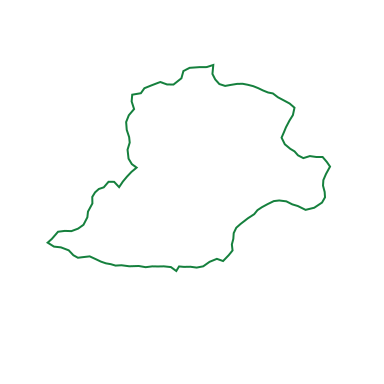 the district of Córrego do Bom Jesus, Minas Gerais, Brazil, rotated 219°
{"feature_id": "56859067B97735160434443", "entity_name": "Córrego do Bom Jesus", "entity_type": "district", "adm_level": 2, "iso_a3": "BRA", "parent_name": "Brazil", "parent_adm1": "Minas Gerais", "projection": "albers", "projection_center": [-45.994, -22.626], "detail": "fine", "context": "isolated", "style": "outline", "palette": "green", "viewbox_px": 384, "rotation_deg": 219, "n_neighbors": 0, "source": "geoboundaries", "source_scale": "gbopen_adm2", "svg_char_len": 1709}
<svg xmlns="http://www.w3.org/2000/svg" viewBox="0 0 384 384"><g transform="rotate(219 192 192)"><path d="M255.4,304.1L259.2,298.3L264.6,293.9L272.0,287.0L274.8,280.6L271.8,273.7L274.0,263.9L279.0,259.9L285.9,257.5L290.7,249.2L294.3,242.7L293.9,236.6L299.7,230.0L295.9,224.4L289.2,220.0L289.4,211.9L287.2,204.9L281.8,199.2L275.4,195.1L271.5,191.2L268.7,184.3L262.3,178.0L256.3,175.8L250.4,176.1L251.7,169.6L252.2,163.0L252.3,156.6L251.7,149.9L258.9,150.9L263.3,147.4L263.5,140.1L266.3,135.7L267.1,130.7L266.4,125.4L262.2,120.4L260.5,111.3L257.4,106.5L255.7,98.2L257.5,91.8L261.1,85.7L266.4,81.7L271.1,76.8L271.4,67.3L272.3,61.8L264.9,62.7L259.0,66.5L251.1,69.1L244.4,68.2L239.3,69.1L235.9,72.6L231.0,77.6L224.3,79.3L218.9,80.6L214.0,82.4L209.7,84.8L205.1,86.7L200.7,90.7L194.0,94.8L186.8,101.0L180.7,104.4L176.1,109.2L171.6,112.7L167.1,116.5L161.1,120.4L154.5,120.7L155.2,126.0L151.2,128.7L146.2,132.9L140.8,136.2L136.5,141.3L134.4,148.8L130.6,155.7L124.4,157.9L123.7,166.0L123.7,172.1L128.0,176.3L130.4,181.6L133.7,186.3L135.1,192.1L134.1,198.0L132.0,206.8L129.7,213.9L129.7,219.1L128.1,224.2L125.6,230.2L122.7,236.4L118.9,240.3L112.8,244.1L106.3,245.5L100.9,247.7L92.5,249.6L87.1,256.7L84.3,265.6L85.3,271.6L88.9,275.5L94.2,279.4L97.4,283.9L99.2,290.3L100.7,298.6L106.1,300.2L112.5,301.4L117.3,297.5L123.0,294.1L126.8,288.4L132.7,287.2L137.9,288.1L142.8,287.4L149.9,287.5L156.6,290.6L158.2,296.4L159.7,301.4L161.2,308.9L162.0,315.3L165.4,322.0L171.8,322.2L178.7,320.9L184.8,319.7L191.2,319.5L195.5,317.2L200.7,315.6L205.8,314.4L211.0,312.8L216.0,310.5L220.7,308.0L225.0,304.4L229.2,299.7L233.0,295.3L238.7,293.1L244.8,294.1L250.4,296.6L255.4,304.1Z" fill="none" stroke="#15803d" stroke-width="2"/></g></svg>